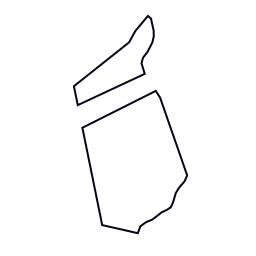 map outline of Palauli (Mercator projection), rotated 257°
{"feature_id": "WSM-4994", "entity_name": "Palauli", "entity_type": "state/province", "adm_level": 1, "iso_a3": "WSM", "parent_name": "Samoa", "parent_adm1": "", "projection": "mercator", "projection_center": [-172.407, -13.719], "detail": "fine", "context": "isolated", "style": "outline", "palette": "ink", "viewbox_px": 256, "rotation_deg": 257, "n_neighbors": 0, "source": "natural_earth", "source_scale": "10m", "svg_char_len": 533}
<svg xmlns="http://www.w3.org/2000/svg" viewBox="0 0 256 256"><g transform="rotate(257 128 128)"><path d="M157.9,163.4L150.4,166.1L68.6,175.0L63.5,171.3L58.1,164.1L53.8,159.9L45.3,155.1L41.1,151.8L39.4,147.1L38.3,142.0L33.3,131.1L32.2,124.5L29.5,118.0L23.3,113.9L39.2,81.0L126.3,83.3L138.5,83.6L157.9,163.4ZM232.7,172.6L229.5,175.0L217.0,174.9L211.4,173.7L205.9,171.0L197.5,163.9L193.2,158.5L188.0,155.7L177.0,156.5L161.6,84.2L180.9,84.7L211.2,148.3L220.9,157.0L232.7,172.6Z" fill="none" stroke="#020617" stroke-width="2"/></g></svg>